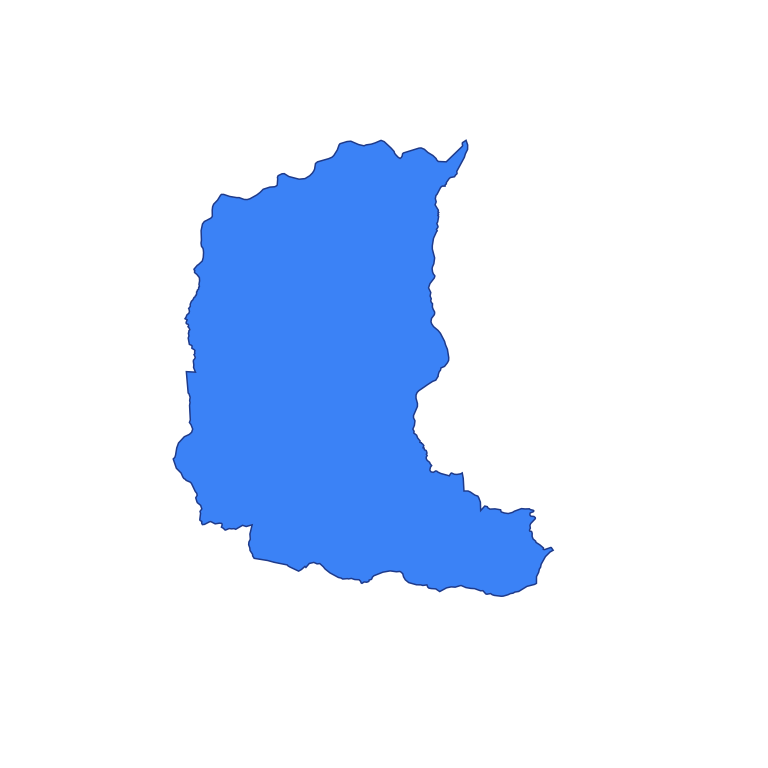 the district of Belén, Boyacá, Colombia, rotated 46°
{"feature_id": "7082276B18043076208470", "entity_name": "Belén", "entity_type": "district", "adm_level": 2, "iso_a3": "COL", "parent_name": "Colombia", "parent_adm1": "Boyacá", "projection": "mercator", "projection_center": [-72.876, 6.017], "detail": "fine", "context": "isolated", "style": "filled", "palette": "blue", "viewbox_px": 768, "rotation_deg": 46, "n_neighbors": 0, "source": "geoboundaries", "source_scale": "gbopen_adm2", "svg_char_len": 6158}
<svg xmlns="http://www.w3.org/2000/svg" viewBox="0 0 768 768"><g transform="rotate(46 384 384)"><path d="M574.8,366.1L571.9,369.3L569.1,371.7L566.1,378.5L565.6,380.8L563.5,384.6L560.4,387.0L557.7,388.4L557.2,388.5L555.5,387.5L550.9,390.9L547.6,394.7L545.1,395.3L544.0,394.9L541.8,396.3L542.2,402.4L535.9,396.7L531.5,394.8L529.8,394.4L527.1,395.8L521.7,396.9L519.3,397.9L516.5,400.8L507.0,392.6L502.3,389.5L501.9,391.2L499.7,394.4L497.8,396.1L495.0,397.2L494.7,398.0L495.4,400.8L487.8,405.3L484.9,406.4L483.3,406.6L482.4,407.3L481.8,409.9L479.9,411.2L478.2,411.0L477.4,410.4L476.0,408.1L475.8,406.4L473.5,406.2L472.0,405.6L469.0,406.0L467.1,405.5L465.9,404.4L465.5,402.7L463.9,402.3L463.6,401.1L462.0,400.2L461.1,399.9L459.4,400.6L457.8,399.6L457.0,400.2L455.9,398.1L453.8,397.9L452.7,398.3L452.2,397.9L450.9,398.7L450.0,397.6L446.2,397.3L443.5,396.1L439.9,396.6L438.9,395.2L436.5,394.6L434.9,390.9L432.0,387.3L428.9,386.3L427.2,384.7L423.4,375.6L421.3,373.5L416.4,370.8L414.2,368.6L413.1,366.1L413.0,363.6L414.8,352.7L415.9,347.2L417.2,344.1L416.0,339.5L415.4,339.1L414.4,337.5L413.5,335.7L413.3,333.8L412.0,331.9L413.4,328.2L412.8,323.7L411.9,321.1L410.0,319.1L403.1,314.3L398.5,312.5L395.4,310.8L386.7,308.2L383.1,307.9L377.1,308.5L373.8,307.9L371.8,306.9L369.8,304.2L369.1,299.6L368.1,298.2L367.2,297.5L364.3,296.7L362.3,295.8L359.9,293.3L358.4,293.3L356.6,292.6L355.5,290.8L352.7,289.7L350.7,286.8L345.8,285.2L343.7,281.2L342.7,274.3L341.9,272.7L341.3,272.2L339.4,272.1L337.1,271.2L334.5,269.3L333.4,267.8L332.1,264.6L328.5,260.0L320.5,255.5L318.1,253.2L313.6,247.2L310.9,240.4L310.8,239.3L309.1,238.8L308.8,236.6L308.2,235.7L305.2,234.5L304.7,232.8L301.5,228.4L300.2,228.2L300.2,227.2L299.1,227.0L298.6,225.4L297.7,225.6L296.8,224.2L290.6,222.8L289.2,219.9L286.3,218.3L284.5,215.7L284.4,214.1L281.9,206.6L282.1,204.6L284.1,202.6L283.3,201.8L283.3,200.1L282.4,199.2L281.5,194.5L281.6,192.8L283.9,189.3L283.4,187.3L283.5,185.9L283.3,185.2L281.6,184.0L276.8,168.8L275.0,165.6L273.3,160.9L270.2,157.8L265.7,155.7L264.9,159.9L265.7,161.0L266.9,161.6L267.4,162.6L267.4,184.9L261.6,190.4L259.2,190.4L258.0,189.9L253.6,190.1L248.0,191.6L243.2,191.9L240.0,193.3L238.6,195.0L231.3,209.5L231.3,210.7L232.7,212.7L233.1,214.2L232.9,215.7L230.8,216.3L227.5,216.3L225.4,216.1L223.7,215.2L219.4,215.0L209.8,215.5L206.7,216.9L204.4,222.9L202.6,226.6L199.6,230.7L198.8,232.9L194.2,235.9L186.3,239.2L183.9,242.2L180.6,248.7L180.8,250.2L183.2,255.0L184.8,261.5L184.7,264.0L183.4,267.4L178.0,277.5L177.8,280.1L181.1,284.5L181.9,286.3L182.5,288.9L182.6,292.7L181.4,298.1L177.7,302.8L168.7,308.3L163.4,309.6L161.9,311.4L160.6,315.4L161.3,317.1L162.6,318.0L166.7,322.6L166.8,323.6L166.2,325.6L163.1,329.3L160.0,335.6L160.1,340.2L159.6,344.3L157.6,351.8L156.3,354.3L154.1,356.4L149.3,358.7L147.7,360.4L141.9,364.7L136.3,367.6L134.7,369.2L134.7,370.5L136.1,376.0L136.3,381.6L137.4,384.1L139.6,386.8L144.1,391.0L144.3,391.7L144.4,393.4L142.3,400.4L142.8,403.4L146.6,409.0L153.7,415.4L155.5,417.7L158.1,419.6L160.7,420.0L162.0,420.8L164.1,422.5L167.4,426.1L169.3,429.3L169.2,434.7L168.9,435.7L169.4,440.9L169.9,441.3L170.8,441.2L172.0,442.7L172.6,442.8L175.2,442.5L179.2,442.9L181.7,445.0L183.8,447.9L185.5,448.9L185.8,449.5L185.6,450.0L187.0,451.6L186.8,453.0L187.6,454.1L187.6,454.9L189.2,456.4L189.1,456.9L189.8,457.7L189.6,458.6L190.1,459.7L189.8,460.5L190.7,463.1L190.7,465.1L192.0,468.0L193.6,469.4L194.0,472.1L194.6,472.2L196.6,473.5L197.5,475.0L197.4,477.9L198.4,480.0L198.8,481.8L201.1,481.0L202.2,483.5L202.9,484.1L203.5,484.2L204.9,483.5L205.7,483.6L206.5,484.4L206.6,485.2L208.4,485.3L210.1,486.0L210.2,487.4L211.4,488.7L211.5,489.4L213.9,490.9L214.9,492.9L220.3,496.5L222.5,495.6L223.2,495.6L224.9,497.4L227.3,496.7L228.5,496.7L229.5,498.1L230.8,499.0L230.8,500.2L233.7,501.2L234.4,502.8L234.5,504.5L235.2,505.4L238.2,507.6L239.8,509.5L244.5,511.4L237.8,517.6L254.4,531.1L255.6,531.1L258.9,532.7L260.9,535.3L262.6,536.4L264.3,538.7L275.3,548.3L276.5,550.7L279.2,551.1L283.5,552.9L285.1,555.9L285.0,559.1L283.2,564.3L283.7,572.8L286.0,577.5L290.4,583.4L291.5,585.5L291.5,587.7L300.4,591.9L307.1,591.8L311.1,593.3L312.9,593.6L314.8,593.1L315.8,593.3L320.2,591.5L321.8,591.6L330.2,594.4L332.5,594.6L334.3,595.7L335.1,598.5L338.6,600.3L339.7,600.7L343.9,600.2L347.3,601.8L347.8,604.8L349.6,605.8L353.6,610.7L354.3,611.1L356.3,610.6L357.5,611.9L359.0,612.3L360.3,610.6L361.9,605.3L362.6,604.2L367.3,602.6L369.9,598.9L371.4,597.7L372.0,597.7L373.0,598.4L374.0,600.4L376.2,599.8L378.5,599.8L379.0,599.4L380.4,595.8L382.3,594.3L383.9,592.3L385.5,591.6L387.4,583.9L390.8,582.1L393.7,576.7L398.8,584.7L402.8,588.0L403.8,590.9L405.6,593.0L408.7,594.4L410.7,596.0L415.3,596.9L416.4,597.9L419.2,598.5L430.3,590.2L435.9,586.9L446.9,579.3L448.2,579.4L450.3,578.8L459.3,575.4L460.1,572.3L460.3,567.6L461.7,567.6L461.2,562.4L463.6,558.4L466.9,557.1L468.6,554.9L473.3,554.6L476.0,554.9L482.3,554.1L491.5,551.2L493.7,549.7L495.6,549.2L498.6,545.5L499.5,545.0L501.2,542.5L504.3,540.9L507.5,537.9L509.6,537.9L511.3,538.6L512.1,538.3L512.6,535.8L514.6,534.1L515.3,532.5L515.4,531.9L514.7,530.8L515.7,529.0L515.7,528.1L514.9,526.6L514.9,524.5L518.6,515.5L522.7,509.4L527.7,505.5L529.7,503.0L530.5,502.5L533.5,502.3L536.3,503.9L539.7,504.7L544.0,504.2L551.0,500.1L554.0,497.1L555.9,496.0L558.3,492.7L560.4,493.6L562.0,493.5L564.0,492.1L567.3,489.1L572.0,488.1L574.1,480.6L576.6,476.6L579.6,473.9L582.0,469.2L582.7,468.4L587.3,466.5L591.4,463.5L594.1,461.0L599.8,458.2L601.4,456.4L605.7,456.6L606.7,456.0L608.8,452.9L610.8,452.5L612.7,451.5L618.1,447.1L619.4,445.6L621.7,441.3L622.6,438.6L624.1,436.5L624.6,434.4L626.8,431.2L628.9,421.7L632.8,414.8L633.3,412.8L628.5,408.1L626.9,403.6L624.9,400.5L624.7,398.9L622.8,396.1L620.3,387.8L620.2,381.2L621.1,377.8L618.0,377.3L617.5,377.5L614.7,383.5L613.6,384.3L612.7,383.2L608.2,383.6L603.6,384.7L602.4,384.1L599.0,384.4L596.5,383.3L594.3,381.1L592.9,380.4L592.1,380.5L591.3,381.3L590.5,381.1L589.9,380.4L589.4,378.9L587.1,377.3L586.3,375.5L586.0,368.7L585.2,368.0L583.4,368.2L581.2,370.1L580.1,370.2L578.9,369.5L578.3,368.3L579.6,365.4L579.4,364.4L578.4,364.4L576.0,366.0L574.8,366.1Z" fill="#3b82f6" stroke="#1e3a8a" stroke-width="1.5"/></g></svg>